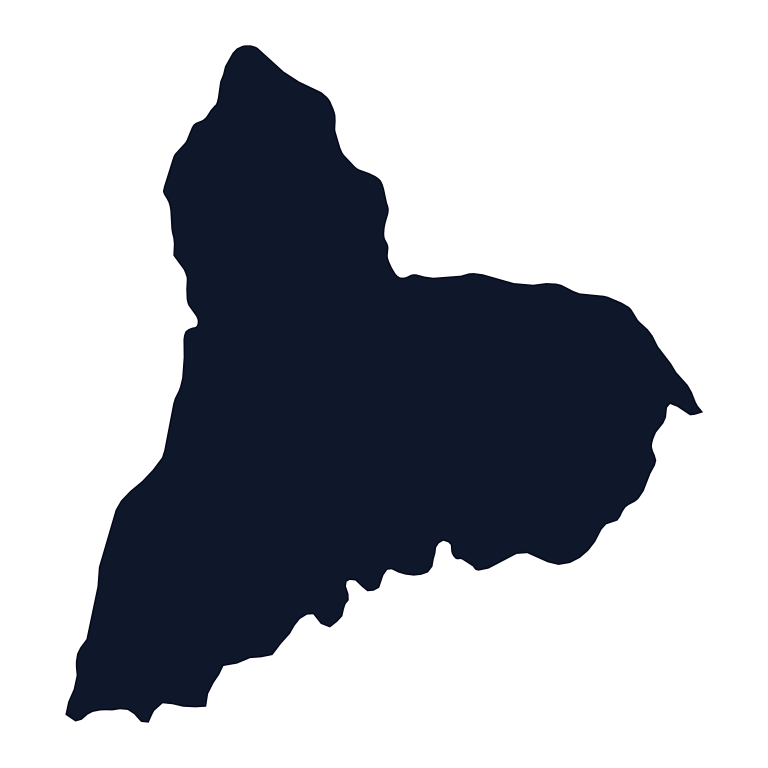 Tacuarembó, Equal Earth projection
{"feature_id": "URY-15", "entity_name": "Tacuarembó", "entity_type": "Department", "adm_level": 1, "iso_a3": "URY", "parent_name": "Uruguay", "parent_adm1": "", "projection": "equal_earth", "projection_center": [-55.77, -32.059], "detail": "fine", "context": "isolated", "style": "filled", "palette": "ink", "viewbox_px": 768, "rotation_deg": 0, "n_neighbors": 0, "source": "natural_earth", "source_scale": "10m", "svg_char_len": 3507}
<svg xmlns="http://www.w3.org/2000/svg" viewBox="0 0 768 768"><path d="M99.6,567.3L116.3,510.2L121.6,501.0L130.9,491.3L142.6,481.6L153.2,470.4L162.7,457.8L165.0,450.4L174.0,403.6L175.5,398.6L179.2,391.2L180.8,386.9L182.9,378.1L184.2,360.3L184.2,360.2L184.4,357.3L184.2,339.3L184.9,335.1L186.0,332.1L187.4,330.8L189.0,329.7L192.3,328.4L195.0,327.9L196.4,327.3L197.5,326.1L198.3,324.0L198.5,321.0L197.9,318.3L196.7,315.8L189.1,305.1L188.1,302.5L187.4,299.2L187.0,289.3L187.5,280.1L187.4,277.3L186.0,273.2L184.5,269.5L174.1,255.3L174.6,243.7L174.0,237.9L172.9,233.5L172.1,228.9L171.1,210.9L170.4,206.2L169.2,202.1L167.3,198.4L165.2,195.1L164.3,193.3L163.7,191.3L164.6,187.0L173.9,157.4L175.4,154.4L185.7,143.1L187.2,140.6L192.5,127.7L194.2,125.0L196.4,123.4L202.4,121.0L204.0,120.0L206.0,118.2L208.0,115.6L211.1,110.7L215.0,106.2L216.5,104.9L217.6,102.1L218.6,97.9L220.9,81.8L223.8,74.5L225.7,66.6L233.2,53.3L237.3,49.0L242.6,46.6L244.8,46.1L250.8,46.1L255.5,47.5L257.2,48.5L283.2,72.1L298.4,82.0L321.3,93.0L326.7,97.7L328.3,99.6L329.6,101.6L332.9,109.2L334.2,113.3L334.7,115.6L334.9,120.8L334.5,128.8L334.7,131.2L339.5,147.6L340.1,149.1L340.2,149.3L341.3,152.0L342.2,153.7L343.6,155.6L354.2,166.9L356.5,168.8L358.8,170.1L369.2,173.9L375.3,176.9L378.2,179.0L380.2,181.0L382.0,184.6L383.3,188.8L386.2,202.5L387.5,206.6L388.0,208.9L387.9,211.4L387.5,213.9L384.9,222.9L383.9,227.9L383.5,233.4L383.6,236.0L384.0,238.3L384.8,240.2L386.7,243.8L387.4,245.7L387.7,247.9L387.0,255.5L387.2,258.0L388.5,262.1L391.4,268.3L394.8,274.0L397.2,276.6L399.7,278.1L402.0,278.4L404.2,278.3L406.2,277.9L411.4,275.4L413.5,275.0L415.8,275.0L424.5,277.3L433.3,278.5L461.0,276.4L469.0,274.1L473.6,273.8L482.7,275.0L513.6,283.8L533.2,285.5L546.3,283.8L556.1,284.3L561.0,285.5L573.1,291.7L579.5,294.1L603.8,296.5L607.7,297.5L621.4,303.3L628.5,307.5L629.9,308.8L631.1,310.3L637.3,320.4L638.6,321.9L647.2,329.8L651.9,335.9L657.4,346.9L670.5,364.0L675.6,372.5L687.2,385.5L691.2,392.4L695.0,402.1L697.1,406.1L701.8,411.9L695.0,414.0L690.3,414.6L677.6,406.1L669.8,403.1L666.3,407.4L665.3,417.1L662.8,422.8L655.4,432.1L652.8,438.3L651.6,442.5L651.1,446.5L652.2,451.1L654.2,455.7L655.5,460.4L654.3,465.0L649.7,473.5L643.0,490.8L637.8,498.4L634.6,501.0L628.0,504.5L624.8,507.0L621.9,511.4L619.7,516.1L617.0,519.9L605.8,523.7L600.9,529.2L594.5,541.5L587.8,550.1L579.5,557.3L569.7,562.3L558.6,564.2L547.9,561.6L527.3,552.4L516.4,553.2L488.3,567.9L478.6,569.9L476.0,569.3L474.7,567.8L473.4,565.9L462.3,558.7L460.0,558.2L458.2,558.6L456.2,558.3L453.9,555.8L452.6,553.5L452.0,551.3L451.5,544.6L448.7,541.7L443.2,539.9L438.3,542.8L435.4,547.2L434.7,553.1L433.0,559.2L431.8,566.2L427.5,571.8L421.0,574.1L413.8,574.9L405.7,573.9L398.5,571.8L391.8,568.5L386.8,569.1L382.7,575.0L378.6,587.2L373.4,590.0L367.6,590.5L362.5,586.3L355.7,579.8L349.5,579.1L345.9,581.3L345.2,586.3L347.8,594.1L348.0,599.9L344.9,603.7L343.3,608.7L341.7,615.8L336.6,621.3L329.8,626.6L321.3,623.3L313.6,613.5L306.8,613.9L299.3,618.5L293.9,625.4L289.4,633.3L280.6,643.1L272.0,654.4L261.0,656.6L249.9,657.4L236.8,662.9L222.9,665.3L218.8,673.9L212.9,682.7L207.4,693.6L205.5,706.0L195.3,706.6L183.2,706.0L172.6,703.5L162.4,702.5L153.7,710.3L151.5,714.4L148.2,721.9L141.4,721.2L134.5,713.5L128.0,709.2L120.0,708.5L112.0,709.7L106.5,709.5L100.2,709.7L92.6,711.2L87.3,713.9L81.3,719.1L75.6,720.7L66.2,714.4L68.9,701.9L74.4,689.4L77.4,675.4L76.6,667.0L76.6,661.8L77.8,654.0L80.9,647.8L87.1,639.5L88.4,633.3L98.2,586.5L99.6,567.3Z" fill="#0f172a" stroke="#020617" stroke-width="1.5"/></svg>